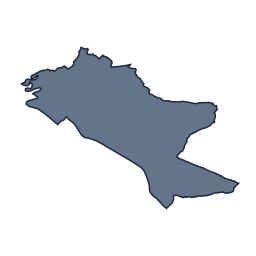 the district of Fet nor, Akershus, Norway, rotated 344°
{"feature_id": "86288312B34896382200122", "entity_name": "Fet nor", "entity_type": "district", "adm_level": 2, "iso_a3": "NOR", "parent_name": "Norway", "parent_adm1": "Akershus", "projection": "equal_earth", "projection_center": [11.264, 59.871], "detail": "fine", "context": "isolated", "style": "filled", "palette": "slate", "viewbox_px": 256, "rotation_deg": 344, "n_neighbors": 0, "source": "geoboundaries", "source_scale": "gbopen_adm2", "svg_char_len": 5681}
<svg xmlns="http://www.w3.org/2000/svg" viewBox="0 0 256 256"><g transform="rotate(344 128 128)"><path d="M99.0,136.5L102.8,140.7L107.8,145.7L110.9,149.1L122.7,161.4L128.9,168.6L130.9,171.8L131.9,175.2L132.4,179.3L132.8,185.5L132.4,190.6L131.5,194.0L131.5,195.9L131.8,196.7L133.8,200.8L134.8,202.2L136.1,203.4L136.7,205.0L140.4,212.1L141.8,214.5L142.9,215.9L149.8,212.2L152.1,209.2L152.9,206.5L153.5,205.9L154.3,205.6L155.8,206.0L156.6,206.1L157.4,206.5L157.9,207.3L158.9,208.1L160.1,208.6L160.3,209.2L161.5,210.0L163.6,210.0L163.9,210.3L164.9,210.3L165.1,210.7L165.8,210.3L166.1,210.5L167.4,210.9L167.7,211.1L168.6,211.3L170.4,212.4L171.6,212.3L172.3,212.6L172.8,212.3L173.1,212.4L173.1,212.7L173.5,212.9L174.4,212.7L174.9,212.9L174.9,212.6L175.1,212.5L176.4,212.6L178.0,213.2L178.8,213.1L179.1,213.5L180.4,213.9L183.3,214.2L184.9,214.7L186.1,214.6L188.6,214.9L193.0,214.3L197.3,215.2L199.3,215.2L200.3,215.6L201.1,215.5L203.8,217.6L204.5,217.8L206.2,217.6L206.4,217.8L206.2,218.0L207.0,218.1L209.0,218.3L210.7,218.1L211.7,217.7L212.3,217.2L212.6,216.0L213.3,214.9L214.7,214.2L216.1,212.8L216.4,212.9L217.2,212.6L217.6,212.6L219.0,211.6L218.1,211.3L217.3,210.1L216.4,209.7L216.5,209.5L215.6,208.4L212.8,206.9L212.7,206.3L212.5,206.1L209.9,204.9L208.0,203.6L206.3,202.0L206.0,201.4L205.2,201.2L204.3,200.5L204.1,200.2L204.4,199.9L203.9,199.7L204.0,199.5L203.5,199.3L203.6,199.2L203.1,199.0L203.1,198.8L202.2,198.0L201.2,196.9L200.2,196.4L199.9,195.8L197.2,193.8L196.4,193.4L194.6,192.0L191.2,189.1L190.9,188.5L190.3,187.9L185.3,184.5L184.5,183.7L183.2,183.1L182.5,182.4L182.0,182.2L181.9,181.8L181.5,181.7L181.0,181.1L179.8,180.6L179.7,180.2L178.9,179.8L178.9,179.6L177.9,178.6L176.9,178.0L176.0,176.9L174.2,176.0L173.0,174.6L169.5,172.1L168.6,171.2L168.2,171.1L168.3,170.9L167.9,170.3L167.9,170.2L167.2,169.8L166.7,168.8L167.7,168.1L168.3,167.9L169.3,167.1L170.6,166.4L171.2,165.7L174.0,165.2L176.6,162.4L177.2,161.1L179.5,158.4L179.7,158.0L180.9,157.5L181.1,156.3L181.9,154.5L183.4,153.8L185.9,151.7L187.0,151.3L189.1,151.0L190.0,150.7L190.8,150.7L197.1,149.3L200.9,149.1L201.9,149.2L204.8,148.9L207.1,148.3L207.9,148.3L208.5,147.8L208.8,147.2L209.5,146.7L210.9,146.6L211.8,146.3L212.7,146.3L212.7,146.1L212.9,146.0L212.4,145.3L212.4,145.0L213.1,144.4L213.2,143.8L213.6,143.4L214.2,142.7L215.3,140.4L215.4,139.4L215.6,139.0L215.1,137.8L215.3,136.8L216.4,136.6L216.6,136.2L218.7,134.9L218.9,134.4L218.8,132.8L219.3,131.1L219.2,130.9L218.4,130.9L217.2,130.0L216.3,129.0L216.0,128.4L216.5,127.7L215.4,127.4L214.6,126.8L213.9,126.1L209.1,124.9L207.3,124.2L206.2,124.2L204.2,123.5L200.2,123.3L197.3,122.2L195.1,120.9L189.3,118.0L187.8,117.5L183.3,116.7L180.7,115.7L178.4,115.3L173.8,112.8L171.1,112.2L170.3,111.6L169.3,111.2L167.4,108.4L164.4,106.6L162.6,105.2L160.7,102.8L158.4,101.4L158.1,100.9L158.1,100.0L157.9,99.7L157.9,99.3L158.1,98.9L158.7,98.7L158.8,98.0L159.4,97.4L158.3,95.5L157.2,94.3L154.3,91.9L154.5,91.1L154.9,90.8L155.0,90.1L155.3,89.6L154.9,89.2L153.3,83.9L151.4,81.7L151.1,81.0L151.2,79.8L150.9,79.4L150.1,78.7L149.8,78.3L150.5,77.3L150.0,76.6L150.1,76.1L150.8,75.6L151.9,74.3L151.7,73.5L151.5,73.1L150.8,72.8L147.6,71.6L145.7,70.3L144.7,69.5L145.4,68.9L147.5,68.2L147.9,67.7L143.4,67.4L139.4,66.7L137.4,66.7L135.6,66.2L131.9,65.5L128.8,64.8L128.7,64.7L128.6,64.0L129.4,62.6L130.0,61.9L129.7,61.8L130.8,60.4L130.7,60.0L130.5,59.6L130.7,59.2L130.1,58.4L129.6,57.1L129.3,56.8L129.0,56.7L128.3,55.9L128.2,55.7L128.3,55.3L127.8,55.0L127.6,54.5L126.9,54.1L126.7,53.6L126.1,53.4L125.4,52.9L124.4,52.6L124.2,52.3L124.5,51.6L123.6,51.4L123.4,51.1L123.0,51.3L122.8,51.7L121.9,52.4L121.0,52.5L120.5,53.0L120.2,53.2L119.9,53.7L119.5,53.8L117.4,50.3L117.2,50.2L116.5,49.3L115.5,48.9L115.1,48.5L114.8,47.3L114.5,47.1L113.5,47.4L112.7,47.3L111.2,46.5L110.9,46.6L110.2,46.5L109.5,45.9L109.3,45.4L109.5,45.0L109.3,44.9L109.4,44.2L109.6,43.7L109.6,43.3L109.9,42.9L110.6,42.6L111.0,42.2L111.3,41.4L111.1,41.1L111.1,40.5L109.6,40.6L108.6,40.1L107.4,39.9L106.5,38.6L105.3,37.8L104.9,37.7L104.9,38.1L103.5,40.0L101.9,41.0L101.9,41.7L101.6,42.3L101.7,43.8L100.1,44.9L98.6,46.6L96.4,47.9L95.5,48.6L94.9,48.8L94.4,49.5L93.8,49.7L94.1,50.2L93.7,51.5L92.8,52.0L91.7,53.2L87.3,54.6L86.4,54.7L86.0,53.7L85.7,53.6L85.7,53.2L85.6,52.9L85.2,53.0L84.4,52.2L84.3,51.4L84.0,51.0L82.4,51.1L80.8,52.0L79.7,51.2L77.4,51.1L76.5,51.4L75.5,52.1L72.5,53.5L72.3,53.1L72.2,52.3L72.0,52.0L70.7,51.5L68.7,51.6L68.4,50.5L68.5,50.4L68.4,50.2L67.8,50.0L66.9,49.3L66.0,49.5L65.2,49.9L63.4,49.3L62.9,49.4L62.0,49.1L61.9,49.3L59.9,49.2L57.2,49.6L55.9,50.1L55.0,50.0L54.5,50.4L54.6,50.5L53.9,50.9L53.0,50.6L52.1,50.9L51.1,50.7L49.9,51.1L49.3,51.6L48.4,53.5L48.4,53.8L48.9,54.2L50.1,54.5L54.4,52.9L55.1,52.8L55.8,52.8L56.0,53.0L54.1,54.9L51.9,56.0L51.5,56.1L50.8,55.7L49.5,55.6L48.2,55.2L45.3,53.5L44.5,53.3L43.5,53.5L42.7,54.0L42.0,55.0L42.0,55.6L37.9,56.0L37.8,56.5L38.4,57.3L40.9,58.7L40.9,59.0L42.5,59.5L44.1,59.3L45.2,58.9L45.6,58.4L45.8,57.2L46.0,56.8L46.8,56.7L47.0,57.3L46.9,57.6L46.9,58.1L48.1,59.4L48.1,59.8L47.9,60.4L46.8,61.9L46.7,62.5L46.1,63.0L45.3,63.2L44.8,63.1L43.9,62.5L42.5,61.9L40.4,61.9L40.2,62.2L39.7,63.3L39.8,64.0L40.2,64.4L42.0,65.2L43.2,65.4L45.3,65.4L47.1,65.0L49.8,64.7L53.0,64.8L54.5,65.2L54.9,65.7L55.0,66.1L55.0,66.4L54.7,67.0L53.1,67.7L47.7,68.2L46.8,68.3L46.1,68.7L46.0,69.2L46.2,69.4L47.3,69.9L47.8,70.3L48.0,71.5L49.7,73.1L49.8,73.6L49.4,74.2L45.5,74.5L39.7,74.3L38.6,74.6L37.4,75.4L37.0,76.1L36.7,77.1L38.8,79.9L46.6,84.7L52.5,92.0L61.4,105.4L64.7,103.2L68.4,102.6L69.3,102.1L71.4,100.4L71.7,100.3L72.1,100.4L73.4,103.5L76.4,107.5L78.1,110.7L78.7,113.1L81.5,122.4L83.8,125.2L90.0,128.5L91.3,129.7L94.3,131.8L99.0,136.5Z" fill="#64748b" stroke="#1e293b" stroke-width="1.5"/></g></svg>